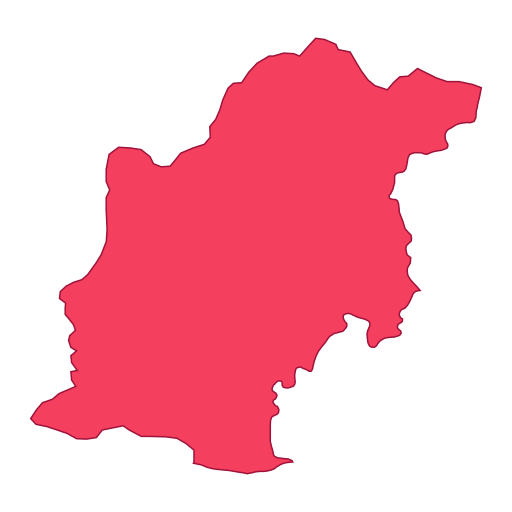 Braslaw, Vitebsk, Belarus
{"feature_id": "67162791B18102707107362", "entity_name": "Braslaw", "entity_type": "district", "adm_level": 2, "iso_a3": "BLR", "parent_name": "Belarus", "parent_adm1": "Vitebsk", "projection": "mercator", "projection_center": [27.102, 55.56], "detail": "fine", "context": "isolated", "style": "filled", "palette": "rose", "viewbox_px": 512, "rotation_deg": 0, "n_neighbors": 0, "source": "geoboundaries", "source_scale": "gbopen_adm2", "svg_char_len": 4416}
<svg xmlns="http://www.w3.org/2000/svg" viewBox="0 0 512 512"><path d="M481.3,87.7L472.6,84.5L459.0,81.6L447.1,81.6L436.5,78.0L427.0,73.3L417.5,68.5L408.1,76.2L399.8,76.8L393.9,82.2L387.3,89.8L374.9,85.7L367.8,79.8L361.3,70.9L356.6,63.2L350.1,52.0L338.2,49.6L335.8,44.3L324.6,39.5L315.7,38.3L308.6,46.0L299.7,56.1L293.8,53.7L283.8,53.1L273.1,56.1L269.0,56.1L257.1,63.2L248.8,72.1L241.7,82.7L233.4,83.3L228.1,88.1L222.8,99.9L219.8,110.0L215.7,119.4L209.8,126.6L210.3,137.2L204.4,144.3L193.2,147.9L180.7,153.2L176.0,159.1L170.1,166.2L161.2,166.8L153.5,163.8L150.0,156.7L141.1,149.6L129.8,147.9L118.6,147.3L109.1,154.4L106.2,169.2L106.2,181.6L109.7,189.9L106.2,197.6L106.2,210.0L107.1,229.5L106.3,241.6L101.2,254.7L96.4,262.5L91.5,269.3L87.7,274.6L81.8,279.7L73.6,282.3L66.1,286.2L60.3,291.6L59.5,298.5L65.6,303.1L65.2,307.6L65.2,314.4L68.2,317.9L73.5,324.7L75.4,330.4L69.7,335.7L68.6,340.6L70.9,347.4L76.6,350.8L70.9,355.7L71.6,362.6L77.3,370.5L70.9,371.7L71.6,380.0L75.8,386.4L68.6,389.5L59.1,393.6L52.3,399.3L42.5,402.7L36.4,409.9L30.7,418.6L36.0,424.3L47.0,426.6L57.2,430.0L67.1,433.4L76.6,438.7L86.4,439.1L96.3,437.6L102.3,430.0L109.5,428.5L123.2,425.8L129.2,430.0L141.3,436.4L149.3,436.4L165.6,436.8L177.0,438.3L186.1,443.6L194.0,450.1L194.0,461.8L193.4,463.2L201.5,464.9L206.9,467.2L212.5,468.7L218.7,469.5L222.9,469.9L229.1,470.5L239.1,472.2L244.5,473.0L247.0,473.7L251.9,472.8L255.7,471.8L259.8,471.4L263.8,471.4L267.1,471.0L271.0,470.1L274.4,468.7L277.0,466.6L281.4,464.1L284.9,462.9L289.7,462.2L292.7,462.0L292.1,460.7L288.3,459.0L284.1,458.6L280.1,458.1L277.4,457.8L274.4,456.2L273.5,454.7L272.7,450.7L271.5,446.6L270.3,441.4L270.3,436.7L270.3,429.7L270.3,425.9L270.5,420.6L271.5,417.6L272.4,416.4L274.5,415.5L277.3,414.1L278.5,412.6L278.9,409.6L277.4,406.4L275.8,406.0L274.5,404.5L273.0,402.4L273.3,400.2L275.4,399.0L276.5,396.9L277.0,395.1L275.8,393.1L272.9,391.2L272.1,389.8L272.3,387.8L273.5,385.1L275.0,383.8L275.9,382.6L276.7,381.8L278.2,381.0L280.2,380.9L281.3,381.2L282.1,382.5L282.2,383.8L282.1,385.2L283.3,387.2L285.1,387.7L287.4,388.0L289.1,387.7L290.9,387.1L293.5,386.1L294.7,384.3L295.2,382.3L294.9,379.0L294.7,376.9L294.7,374.7L294.9,373.4L295.4,370.8L295.8,369.1L296.6,368.0L298.0,367.5L299.7,367.1L301.0,367.1L302.3,368.0L303.3,368.5L304.5,368.9L306.3,369.6L307.8,370.4L309.2,371.3L311.2,371.2L311.8,370.3L312.7,368.3L313.3,364.9L314.1,361.8L315.5,357.5L316.7,354.7L318.4,351.3L319.6,349.6L322.2,346.2L325.0,342.8L326.1,341.3L327.9,338.6L329.5,336.5L331.5,335.2L334.2,333.4L336.6,332.9L339.4,332.1L341.3,331.7L342.8,331.2L344.1,330.0L346.1,327.6L346.8,326.0L346.8,323.6L345.5,322.2L344.0,320.0L343.1,317.4L343.5,315.1L345.5,313.9L346.9,313.6L349.3,313.5L351.5,314.2L353.0,315.1L354.5,315.7L356.4,316.7L358.9,317.6L361.8,318.4L364.9,319.2L368.7,321.1L369.8,323.1L369.9,325.1L369.4,326.6L368.3,329.3L367.6,331.1L367.0,334.0L367.3,337.8L367.6,340.2L367.9,342.4L368.6,344.4L369.8,346.3L371.7,347.2L374.6,347.2L376.5,345.7L377.8,343.6L379.8,341.1L383.2,338.9L385.2,338.0L389.8,337.3L394.4,337.0L398.2,335.9L399.9,335.1L401.2,333.0L400.7,330.9L399.3,330.0L397.6,328.2L397.4,326.3L398.4,324.1L401.3,322.4L402.4,321.3L402.5,318.9L400.6,317.8L399.2,315.1L399.2,314.4L399.9,311.8L401.7,309.5L404.9,308.2L407.2,305.6L409.0,302.8L410.4,300.0L412.1,296.3L412.7,294.5L414.2,292.5L415.7,291.4L418.1,290.7L420.1,290.5L417.1,286.9L413.6,283.3L410.3,279.5L407.9,275.5L407.2,271.5L407.4,268.2L408.9,265.4L410.3,263.0L410.7,257.6L407.2,255.0L406.3,251.7L405.8,248.1L406.7,245.3L408.4,243.6L411.2,241.0L411.5,238.2L411.0,235.1L408.4,232.5L405.1,228.8L402.7,221.0L400.9,216.3L399.2,211.9L399.2,209.2L398.5,203.6L397.4,200.7L395.6,199.5L393.3,199.4L390.5,198.9L389.3,197.8L389.1,195.4L390.5,194.1L391.2,192.7L392.9,189.2L393.5,186.7L394.6,182.6L394.6,178.7L394.7,175.5L395.9,174.0L397.6,172.9L399.1,172.6L402.0,172.2L404.1,171.2L405.9,168.8L406.5,166.4L407.3,162.2L407.9,158.1L409.5,154.6L412.2,153.4L414.5,152.7L417.7,152.7L419.8,152.7L422.1,153.0L424.3,154.0L427.1,154.2L429.2,153.3L432.9,151.8L435.0,151.3L438.5,150.7L441.5,150.3L444.6,149.1L446.9,148.2L447.9,146.1L447.6,143.8L446.4,141.9L445.4,139.6L445.1,136.7L445.1,134.3L446.6,131.0L448.6,129.2L451.4,127.8L454.1,126.0L456.7,124.5L459.6,123.6L462.6,123.0L467.2,122.5L470.2,122.7L473.4,121.7L474.3,121.1L475.9,117.5L476.0,115.0L476.3,110.6L477.2,107.6L477.7,104.1L479.3,97.9L480.4,92.4L481.3,87.7Z" fill="#f43f5e" stroke="#9f1239" stroke-width="1.5"/></svg>